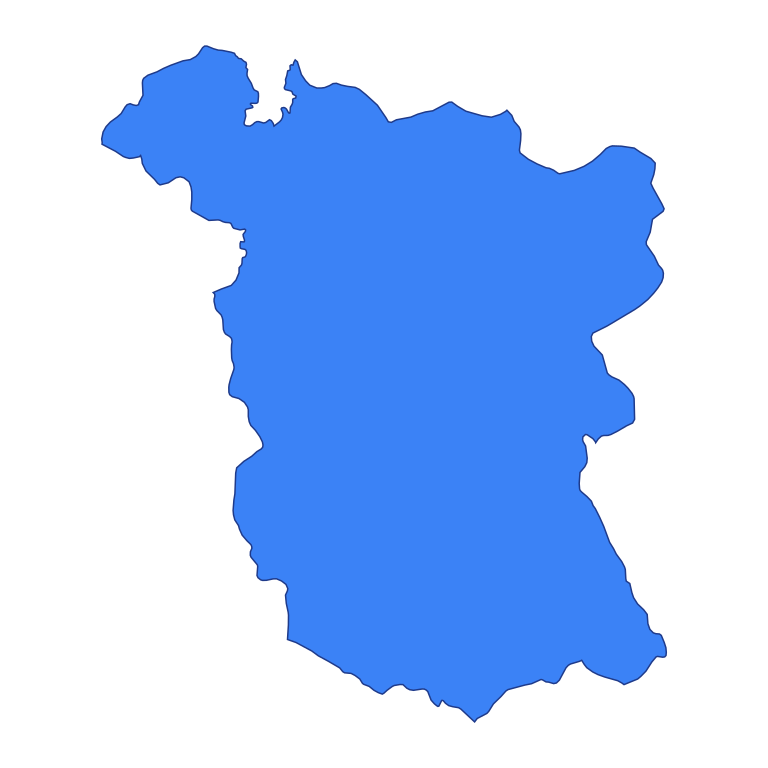 the district of Hoang Su Phi, Hà Giang, Vietnam
{"feature_id": "81297802B55460345655510", "entity_name": "Hoang Su Phi", "entity_type": "district", "adm_level": 2, "iso_a3": "VNM", "parent_name": "Vietnam", "parent_adm1": "Hà Giang", "projection": "mercator", "projection_center": [104.663, 22.693], "detail": "fine", "context": "isolated", "style": "filled", "palette": "blue", "viewbox_px": 768, "rotation_deg": 0, "n_neighbors": 0, "source": "geoboundaries", "source_scale": "gbopen_adm2", "svg_char_len": 6058}
<svg xmlns="http://www.w3.org/2000/svg" viewBox="0 0 768 768"><path d="M609.6,542.3L603.7,526.3L599.6,517.2L595.3,508.6L593.1,505.6L591.4,501.2L587.0,496.6L581.6,492.0L580.2,490.5L579.6,489.0L579.2,483.5L580.0,472.4L584.8,466.7L586.8,462.6L587.2,458.2L585.6,446.0L583.1,441.6L582.6,439.6L582.9,436.9L585.4,434.5L587.1,434.7L592.9,438.6L595.4,441.8L595.7,442.7L598.3,438.9L601.4,436.1L603.6,435.5L608.0,435.4L610.9,434.5L617.6,431.1L626.6,425.8L632.6,423.0L634.6,419.3L634.1,398.7L633.6,396.5L632.0,393.3L628.0,388.2L624.5,384.6L619.0,380.1L611.9,376.9L609.0,374.9L607.3,373.0L602.3,355.0L594.0,346.2L591.7,341.2L591.3,336.5L592.9,333.1L607.1,326.0L634.6,309.6L640.1,305.8L647.8,299.5L653.6,293.3L657.8,288.0L661.6,282.1L663.1,277.7L663.4,273.3L662.7,270.3L661.5,268.4L658.5,265.1L654.3,256.2L646.4,244.7L646.2,241.7L650.2,232.2L652.5,219.3L663.1,211.3L664.1,208.8L661.9,204.0L653.1,188.2L650.8,183.2L653.8,174.5L654.9,168.8L655.2,163.1L650.9,158.5L640.1,152.1L634.3,148.1L621.5,146.2L612.3,145.9L609.8,146.6L606.2,148.5L600.3,154.5L592.4,161.2L584.1,166.3L574.3,170.4L559.7,173.8L558.0,173.3L553.6,170.2L549.4,168.3L546.1,167.8L537.2,164.0L528.4,159.3L520.1,152.9L519.4,150.1L520.6,140.7L520.9,133.8L520.4,129.9L519.0,127.0L514.2,121.4L511.8,115.4L506.9,110.2L505.6,111.4L500.4,114.4L491.4,117.2L482.1,115.8L465.9,111.2L457.7,106.4L451.8,102.1L449.0,102.2L432.8,110.8L425.3,112.0L417.7,114.2L410.9,117.1L396.4,119.8L391.3,122.4L388.3,121.8L385.9,117.6L377.4,105.2L365.8,94.6L359.4,89.4L355.2,87.4L347.7,86.4L341.4,85.1L336.4,83.3L333.0,83.6L329.6,85.6L324.6,87.6L321.4,88.0L316.8,88.0L309.8,85.2L305.6,80.8L301.4,74.6L297.4,61.8L295.2,59.9L293.9,62.2L293.0,65.1L291.2,64.8L290.0,65.8L290.2,69.4L289.9,70.1L287.7,70.9L286.8,75.6L285.5,79.5L285.9,83.3L284.3,87.4L284.5,88.7L285.4,89.6L290.7,90.9L291.9,91.6L292.9,94.2L296.1,96.1L295.7,98.0L293.2,98.7L292.7,99.5L292.7,102.5L292.1,104.3L290.4,107.2L290.0,112.9L289.2,113.2L288.4,112.5L286.5,109.1L285.2,108.0L283.9,107.5L281.8,107.9L281.1,109.0L282.5,112.1L283.0,114.2L282.5,117.5L281.3,119.9L279.6,121.8L274.0,126.1L273.3,123.6L272.5,122.3L271.3,120.6L269.5,119.7L265.7,122.5L263.6,123.0L258.7,121.6L256.9,121.6L254.8,122.6L252.6,124.6L250.1,126.1L246.5,125.9L244.9,125.1L244.2,124.2L244.1,122.7L245.8,116.0L245.1,110.8L246.1,109.2L252.1,107.8L252.8,107.3L252.5,106.0L250.5,104.5L250.5,103.6L251.0,103.2L255.1,103.4L256.6,103.2L257.5,102.7L258.0,101.9L258.5,96.3L258.4,93.3L257.8,91.7L254.2,89.9L253.0,87.9L251.3,83.3L248.2,78.2L247.1,75.7L247.0,73.2L247.6,69.5L245.9,67.6L246.5,64.3L246.0,62.4L243.7,61.1L241.2,58.8L238.5,58.4L237.3,56.8L235.6,55.6L234.5,53.3L231.1,52.2L222.2,50.4L218.2,50.1L213.4,48.7L207.0,46.1L204.6,46.1L202.6,47.7L198.5,53.9L195.9,56.5L190.3,59.6L183.1,60.8L170.9,65.2L163.5,68.4L157.1,71.8L147.9,75.2L143.7,78.3L142.7,80.3L142.4,82.9L143.0,95.3L139.4,101.9L138.5,104.7L136.3,105.5L133.3,104.9L130.1,103.7L127.1,104.7L125.2,106.9L121.2,113.5L117.4,116.9L110.4,122.0L106.1,126.6L103.1,132.0L101.7,138.9L102.2,142.6L102.0,144.2L115.5,151.3L123.3,156.5L125.6,157.4L129.4,158.4L133.3,158.0L139.4,156.7L140.6,155.5L141.8,159.1L142.3,163.4L146.0,171.0L154.5,179.3L157.7,183.3L160.0,184.9L168.3,182.8L176.0,177.7L180.2,176.8L183.9,177.8L189.1,181.8L191.0,186.9L191.8,192.0L191.8,199.7L191.0,208.2L191.3,209.9L192.4,211.2L208.9,220.4L218.1,219.9L220.1,220.3L222.9,221.7L225.4,222.4L229.4,222.7L230.9,223.4L232.8,227.3L233.8,228.3L240.0,229.9L244.7,229.1L245.6,229.9L245.4,231.4L243.1,234.4L243.3,236.4L244.5,240.1L244.4,241.6L244.0,241.9L240.7,241.7L240.1,243.5L240.1,246.8L240.3,248.1L241.5,248.7L245.0,249.4L246.1,250.4L246.6,252.6L246.4,254.3L245.7,256.1L244.9,257.0L242.7,257.6L242.2,258.7L242.0,263.2L241.5,265.0L239.1,267.7L239.0,272.9L236.0,280.1L231.3,285.4L221.4,289.0L213.2,292.5L214.6,294.0L214.8,294.8L214.8,296.5L214.1,299.0L214.1,301.5L215.6,308.5L216.9,310.6L221.1,314.9L222.2,317.4L222.8,319.9L223.4,329.5L224.4,332.3L225.6,334.0L229.6,336.5L231.4,338.3L231.9,340.2L232.1,342.1L231.6,344.8L231.4,349.4L231.7,357.9L232.2,360.6L233.5,363.7L234.1,367.2L233.9,369.3L230.7,378.5L229.1,384.7L228.8,387.4L228.9,392.3L229.7,394.7L232.3,396.7L238.9,398.5L244.4,402.3L246.4,405.3L247.5,406.9L248.3,409.7L248.3,416.5L249.2,421.7L250.8,425.4L255.4,430.3L259.8,436.6L262.4,441.9L263.0,445.0L262.7,447.2L261.3,448.9L256.9,451.6L251.8,456.2L243.9,461.3L236.7,467.8L235.7,473.1L234.9,493.8L233.9,500.1L233.1,510.4L233.5,514.8L234.8,519.9L238.5,525.6L239.5,529.2L242.2,535.2L247.0,540.8L250.9,544.6L251.7,546.4L251.9,548.3L250.4,551.8L250.3,555.3L251.1,557.3L257.4,564.9L257.7,566.5L257.0,575.5L258.0,577.7L260.6,579.8L262.5,580.4L266.4,580.3L273.1,578.9L276.5,578.8L281.4,580.9L286.0,584.4L287.8,588.6L287.4,590.9L285.5,595.1L286.3,603.4L288.2,612.3L288.5,615.1L288.4,625.0L287.5,639.5L296.0,642.5L311.8,651.0L318.3,655.8L328.6,661.4L339.7,667.9L342.8,671.7L344.6,672.8L351.1,673.4L355.1,675.5L359.8,679.0L362.5,683.4L363.7,684.3L369.2,686.4L374.0,690.3L378.2,692.6L382.3,694.1L383.9,693.2L387.2,690.2L392.2,686.5L394.2,685.5L400.0,684.5L403.0,684.6L406.8,688.2L409.7,689.7L413.5,690.3L422.2,689.0L424.4,689.1L426.3,690.1L427.8,691.6L431.1,700.1L434.4,703.8L436.7,705.7L437.9,706.4L438.9,706.1L441.5,700.8L442.0,700.3L443.3,700.7L445.4,703.2L448.7,705.6L452.7,706.7L458.6,707.7L460.9,709.1L474.6,721.9L477.2,718.5L487.0,713.3L488.8,711.3L493.4,703.9L501.0,696.5L505.9,691.0L508.0,689.6L524.7,685.1L531.6,683.7L541.0,679.5L542.4,679.8L546.0,681.9L548.6,682.1L553.7,683.6L556.4,683.0L559.4,680.1L566.0,667.8L568.3,665.3L570.5,664.0L579.6,661.3L581.7,660.3L584.3,664.5L586.8,667.7L592.8,672.0L598.0,674.6L604.7,677.0L617.7,680.7L621.7,682.9L624.0,684.6L637.7,679.0L640.8,676.4L645.9,671.2L651.9,661.9L656.1,656.9L657.5,656.4L662.7,657.2L664.7,656.9L666.0,655.5L666.3,652.4L665.9,647.7L664.2,642.4L661.3,635.4L659.5,634.0L655.8,633.7L653.2,632.8L649.9,629.4L647.9,623.7L647.2,614.4L643.7,609.8L637.6,604.0L633.6,597.7L631.9,592.7L629.8,583.5L626.3,581.2L625.8,578.7L625.3,569.4L624.5,566.9L621.8,561.7L616.2,554.0L613.5,548.6L609.6,542.3Z" fill="#3b82f6" stroke="#1e3a8a" stroke-width="1.5"/></svg>